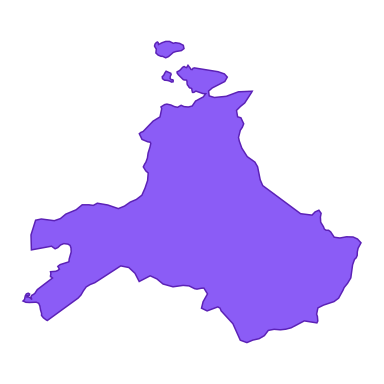 the border of Balikesir
{"feature_id": "TUR-2238", "entity_name": "Balikesir", "entity_type": "Province", "adm_level": 1, "iso_a3": "TUR", "parent_name": "Turkey", "parent_adm1": "", "projection": "mercator", "projection_center": [27.651, 39.857], "detail": "fine", "context": "isolated", "style": "filled", "palette": "violet", "viewbox_px": 384, "rotation_deg": 0, "n_neighbors": 0, "source": "natural_earth", "source_scale": "10m", "svg_char_len": 3403}
<svg xmlns="http://www.w3.org/2000/svg" viewBox="0 0 384 384"><path d="M161.0,106.9L164.6,104.6L166.9,104.1L170.9,105.0L174.4,106.6L177.6,107.3L181.1,105.3L184.0,106.6L188.3,107.0L192.2,106.0L195.6,101.0L203.3,96.9L205.7,93.7L203.0,93.6L195.9,91.1L193.8,92.4L192.5,92.4L192.0,90.5L191.7,88.6L190.8,88.1L189.9,88.0L189.0,87.2L188.1,85.7L187.4,84.9L187.1,83.9L187.0,81.5L186.6,80.2L185.5,80.0L184.2,80.0L183.1,79.5L178.4,74.8L177.1,73.0L177.1,71.8L178.8,71.0L180.2,70.0L182.6,67.3L184.1,66.5L185.4,67.3L186.6,67.6L188.0,65.3L190.7,68.8L190.9,69.4L192.2,69.6L192.6,69.0L193.0,68.3L194.4,67.9L218.0,71.7L224.4,73.9L227.3,77.1L224.8,81.5L212.3,87.9L208.6,91.1L209.2,95.9L214.4,97.5L226.3,96.3L238.4,91.8L252.2,91.2L251.5,92.5L244.7,103.0L240.4,106.5L236.5,110.4L237.6,116.8L240.9,117.8L243.7,123.8L242.3,127.3L240.3,130.3L238.5,137.4L239.3,141.1L241.8,148.1L247.2,156.6L254.9,162.1L257.6,166.8L260.2,179.8L262.7,185.6L300.6,213.7L312.0,215.1L315.1,211.9L318.9,210.2L321.1,213.3L320.4,217.1L320.7,222.2L323.5,226.8L324.3,229.0L325.9,230.2L328.6,230.3L330.6,231.8L334.2,237.2L339.8,238.0L346.5,236.8L353.1,237.0L357.5,239.0L361.0,242.8L358.1,248.2L357.3,251.9L357.2,255.4L356.2,257.8L354.5,259.4L352.6,264.8L350.8,277.9L347.5,283.4L344.1,287.6L343.0,290.2L338.6,298.2L334.0,301.6L323.5,305.1L317.9,307.9L316.6,314.2L317.4,316.4L317.8,321.0L316.9,322.9L304.3,320.9L291.1,327.8L285.8,329.2L280.4,329.8L274.1,329.3L268.3,330.4L264.4,335.6L259.1,338.7L252.8,340.1L246.9,342.6L240.3,340.2L232.9,323.7L221.1,310.8L220.1,308.2L217.8,306.9L207.1,310.9L201.5,308.2L203.1,301.7L207.5,293.9L203.9,288.1L201.6,288.2L197.0,289.1L194.7,288.7L189.1,285.9L183.1,285.4L173.0,286.8L163.0,284.0L156.9,278.9L150.2,275.8L139.2,281.5L135.0,273.3L128.8,267.5L120.7,265.9L94.8,282.7L90.2,284.5L86.2,286.9L83.4,290.8L80.9,295.1L78.1,298.1L47.3,320.5L46.2,319.9L43.4,317.8L41.5,315.4L41.6,313.5L40.5,309.8L39.9,306.1L38.7,303.3L36.3,302.2L29.4,302.5L25.9,302.3L23.0,301.0L24.5,299.5L25.3,295.8L26.4,293.9L28.2,293.2L29.6,294.0L29.4,295.2L26.9,295.8L26.9,297.0L28.4,296.9L29.7,297.5L30.9,298.5L31.8,299.6L31.0,296.8L31.8,295.3L33.3,294.5L34.8,293.4L37.3,289.6L52.5,278.0L51.2,276.9L50.5,276.7L50.5,275.6L50.8,274.3L50.8,273.2L50.5,271.7L55.7,271.3L57.7,270.5L59.4,269.1L57.8,266.4L60.1,264.6L68.4,262.0L69.0,261.6L69.0,260.9L69.2,259.0L71.2,252.0L71.0,248.0L70.1,245.4L67.9,244.1L63.8,243.6L60.5,245.0L57.8,247.6L55.1,248.8L51.5,246.2L31.4,249.9L31.0,234.9L35.6,220.2L41.3,219.0L54.3,220.7L60.4,218.6L65.8,214.1L76.1,209.8L82.2,204.8L88.9,204.8L93.3,205.4L97.3,203.2L107.8,205.0L118.3,208.6L124.5,206.1L130.2,202.1L136.3,199.5L141.9,195.2L145.0,188.2L147.6,180.5L148.2,173.0L145.8,170.9L143.3,166.9L144.8,163.8L145.8,162.4L147.4,158.1L148.1,153.1L150.0,147.0L150.8,143.4L150.2,142.2L147.7,141.8L142.0,139.4L139.3,133.7L140.9,132.4L143.1,131.5L153.1,121.1L160.0,116.9L161.7,108.7L161.0,106.9ZM173.3,43.3L175.5,42.7L179.7,43.4L183.3,45.3L184.0,48.6L181.4,50.6L176.0,51.5L173.3,52.4L168.5,56.6L165.7,57.8L162.5,56.3L161.0,56.3L158.1,55.1L155.9,53.0L156.3,49.0L155.3,47.6L154.5,46.0L155.1,43.9L156.3,42.6L157.3,42.0L158.1,42.5L158.5,44.5L162.1,42.7L165.8,41.4L169.5,41.4L173.3,43.3ZM171.5,79.8L172.6,79.7L173.2,80.2L173.1,81.8L171.6,82.1L169.5,81.0L167.2,80.4L164.5,80.2L162.5,78.7L162.2,76.7L163.7,75.3L164.9,72.9L166.1,71.2L170.8,73.3L171.1,74.6L170.3,76.3L170.1,78.5L171.5,79.8Z" fill="#8b5cf6" stroke="#5b21b6" stroke-width="1.5"/></svg>